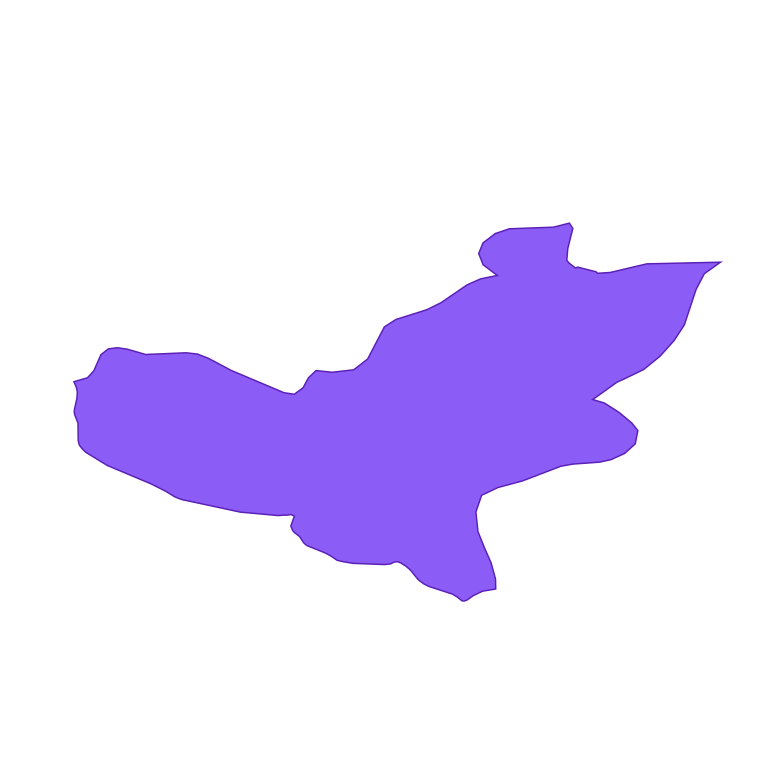 an SVG outline of Svay Rieng, rotated 282°
{"feature_id": "KHM-1801", "entity_name": "Svay Rieng", "entity_type": "Province", "adm_level": 1, "iso_a3": "KHM", "parent_name": "Cambodia", "parent_adm1": "", "projection": "robinson", "projection_center": [105.82, 11.175], "detail": "fine", "context": "isolated", "style": "filled", "palette": "violet", "viewbox_px": 768, "rotation_deg": 282, "n_neighbors": 0, "source": "natural_earth", "source_scale": "10m", "svg_char_len": 1764}
<svg xmlns="http://www.w3.org/2000/svg" viewBox="0 0 768 768"><g transform="rotate(282 384 384)"><path d="M321.8,80.2L328.4,92.6L336.4,97.4L353.8,101.0L361.0,107.0L364.0,115.4L364.7,125.3L363.3,144.7L373.4,184.0L374.5,195.3L372.7,206.5L365.5,231.8L354.7,287.8L355.3,298.4L363.6,305.7L374.3,308.8L383.0,314.7L384.7,330.7L384.7,330.9L391.6,351.4L405.0,362.8L440.0,372.5L449.7,382.4L465.6,410.5L475.4,422.9L498.3,444.7L507.1,456.9L513.7,472.3L521.2,456.2L531.3,449.5L542.6,451.5L554.3,461.6L561.9,474.4L572.6,517.0L579.9,531.9L575.3,536.4L568.5,536.1L554.6,535.6L543.0,537.1L540.9,539.7L537.2,547.3L538.6,549.1L537.8,568.2L536.7,569.9L540.1,582.0L556.2,616.2L573.1,687.8L558.5,674.4L541.4,669.6L504.3,665.5L487.0,658.8L468.8,648.4L452.2,635.0L440.0,619.3L434.0,611.3L412.2,591.4L411.2,603.5L405.1,619.8L397.3,634.6L391.2,642.0L377.7,642.2L366.2,633.9L357.3,621.9L352.4,611.2L344.9,585.3L340.3,574.0L318.0,539.6L306.4,516.9L295.4,502.6L277.9,500.5L259.1,506.6L243.9,516.9L243.7,517.0L231.4,525.9L216.5,533.6L206.7,535.9L201.8,523.4L195.4,515.2L190.0,510.2L188.4,507.6L188.1,505.4L191.0,499.6L192.7,494.6L195.3,470.1L196.7,464.8L198.8,459.9L200.0,457.8L207.1,449.0L208.7,446.4L210.4,443.2L212.5,437.6L213.0,434.2L212.2,431.6L210.9,429.6L209.4,427.9L207.5,422.1L202.1,390.9L201.7,381.3L201.8,374.9L204.7,367.8L206.5,361.6L209.9,342.4L210.9,340.2L212.2,338.2L217.1,333.3L220.1,327.3L221.6,325.2L225.7,322.4L236.1,323.8L237.0,320.4L235.3,315.5L234.9,313.2L233.3,307.9L228.8,270.1L228.9,210.7L229.5,206.2L230.2,202.6L233.6,193.1L237.8,177.2L246.7,130.5L255.2,106.5L258.2,101.8L260.9,98.7L264.8,96.7L282.1,92.8L289.1,88.2L291.6,87.0L294.3,86.5L305.5,86.6L310.8,86.0L313.1,85.5L315.4,84.4L317.5,83.3L321.8,80.2Z" fill="#8b5cf6" stroke="#5b21b6" stroke-width="1.5"/></g></svg>